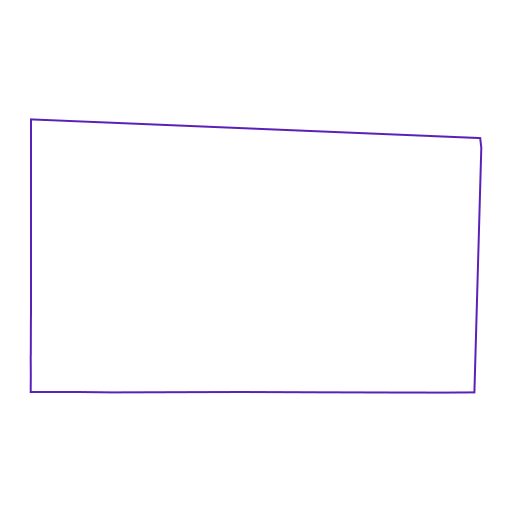 outline of McDonald, Missouri, United States of America
{"feature_id": "52423323B38685090591700", "entity_name": "McDonald", "entity_type": "district", "adm_level": 2, "iso_a3": "USA", "parent_name": "United States of America", "parent_adm1": "Missouri", "projection": "albers", "projection_center": [-94.424, 36.633], "detail": "fine", "context": "isolated", "style": "outline", "palette": "violet", "viewbox_px": 512, "rotation_deg": 0, "n_neighbors": 0, "source": "geoboundaries", "source_scale": "gbopen_adm2", "svg_char_len": 447}
<svg xmlns="http://www.w3.org/2000/svg" viewBox="0 0 512 512"><path d="M474.4,392.4L481.3,147.8L480.2,138.1L31.0,119.4L31.0,185.9L31.0,218.5L31.0,220.1L31.0,276.5L31.0,282.4L31.0,290.3L31.0,312.1L30.9,321.3L30.8,353.7L30.8,354.6L30.7,356.5L30.8,373.3L30.8,376.1L30.7,392.0L78.8,392.0L111.5,392.4L241.3,392.0L316.8,392.3L388.9,392.5L446.2,392.6L446.9,392.6L455.4,392.5L456.8,392.5L474.4,392.4Z" fill="none" stroke="#5b21b6" stroke-width="2"/></svg>